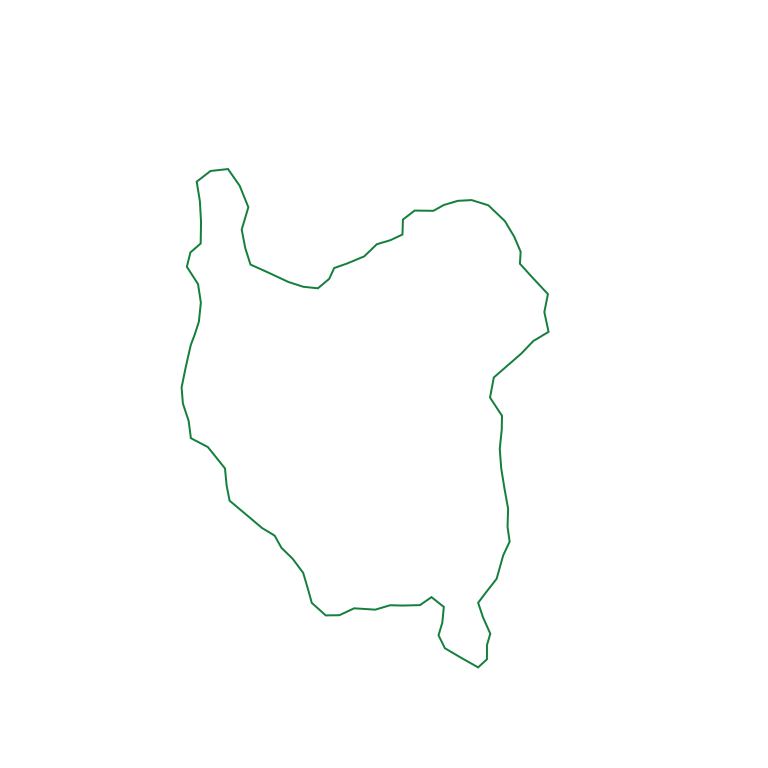 the district of Ibitiúra de Minas, Minas Gerais, Brazil, rotated 319°
{"feature_id": "56859067B88505379898638", "entity_name": "Ibitiúra de Minas", "entity_type": "district", "adm_level": 2, "iso_a3": "BRA", "parent_name": "Brazil", "parent_adm1": "Minas Gerais", "projection": "equal_earth", "projection_center": [-46.408, -22.066], "detail": "fine", "context": "isolated", "style": "outline", "palette": "green", "viewbox_px": 768, "rotation_deg": 319, "n_neighbors": 0, "source": "geoboundaries", "source_scale": "gbopen_adm2", "svg_char_len": 1330}
<svg xmlns="http://www.w3.org/2000/svg" viewBox="0 0 768 768"><g transform="rotate(319 384 384)"><path d="M269.1,659.6L281.1,659.3L290.4,648.6L300.4,642.2L305.6,625.2L311.5,610.9L322.6,608.5L341.2,604.9L361.6,591.5L375.4,585.4L383.5,572.9L395.8,559.6L406.9,541.0L417.3,524.3L428.9,508.8L442.9,495.7L452.2,485.4L455.1,463.8L471.2,451.1L486.4,451.1L507.5,451.1L525.0,449.5L542.4,452.6L552.2,434.9L566.7,423.7L565.8,399.1L565.5,382.4L573.9,373.8L578.9,358.3L582.1,340.4L580.0,317.6L570.8,302.7L559.9,294.2L546.5,288.1L534.9,285.7L520.9,273.2L506.2,272.3L496.0,283.3L483.0,279.6L470.3,273.8L452.9,274.7L434.8,268.7L422.5,263.8L411.6,268.7L396.9,268.4L386.9,257.7L378.8,244.3L369.5,223.4L361.6,206.3L368.4,190.5L377.9,174.1L397.6,161.6L405.1,139.8L407.3,119.4L392.8,109.4L375.4,108.4L365.0,125.2L352.3,141.6L337.8,157.7L324.2,157.7L312.1,166.2L309.2,186.6L299.2,202.4L285.2,215.5L273.6,222.5L263.6,227.9L245.3,241.3L229.0,253.8L219.4,266.8L212.4,283.6L202.7,298.2L209.7,316.1L208.6,343.4L198.6,357.4L190.9,370.8L194.1,390.9L197.5,412.8L202.0,426.7L199.1,440.4L200.4,455.9L199.1,473.5L192.3,488.4L185.9,501.8L188.2,520.4L198.6,529.2L214.3,533.7L229.4,548.6L243.5,555.0L252.8,563.5L266.1,574.5L280.0,576.0L282.9,591.5L271.4,602.4L260.3,609.4L256.6,623.4L262.1,639.8L269.1,659.6Z" fill="none" stroke="#15803d" stroke-width="2"/></g></svg>